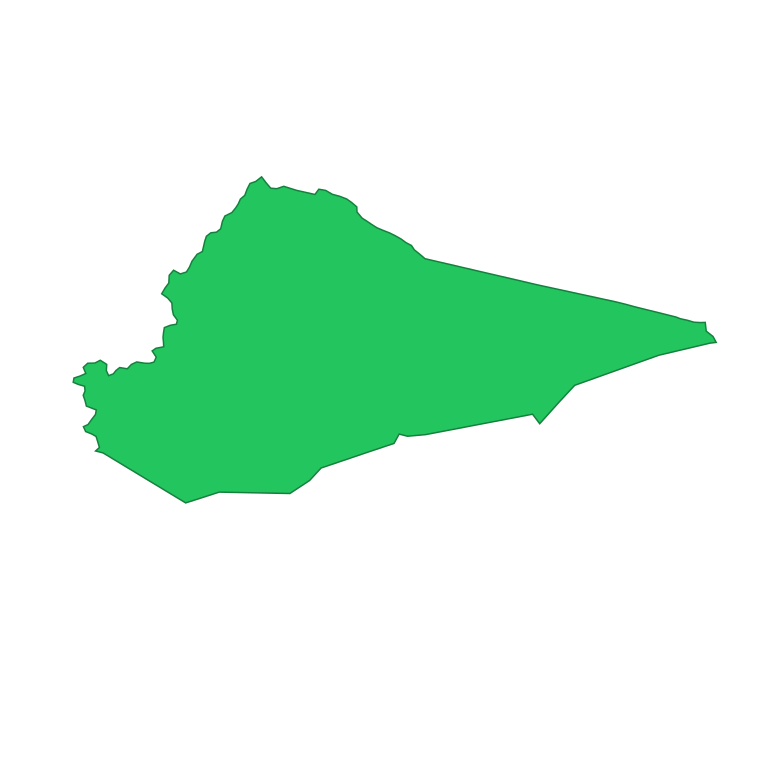 Ponto Novo, Bahia, Brazil, rotated 295°
{"feature_id": "56859067B49472720818380", "entity_name": "Ponto Novo", "entity_type": "district", "adm_level": 2, "iso_a3": "BRA", "parent_name": "Brazil", "parent_adm1": "Bahia", "projection": "robinson", "projection_center": [-40.103, -10.99], "detail": "fine", "context": "isolated", "style": "filled", "palette": "green", "viewbox_px": 768, "rotation_deg": 295, "n_neighbors": 0, "source": "geoboundaries", "source_scale": "gbopen_adm2", "svg_char_len": 1863}
<svg xmlns="http://www.w3.org/2000/svg" viewBox="0 0 768 768"><g transform="rotate(295 384 384)"><path d="M562.1,667.5L566.1,662.1L568.1,653.7L575.6,649.1L573.5,645.0L571.0,638.8L570.0,632.1L568.4,625.0L568.1,620.3L560.0,578.8L558.4,569.5L556.6,560.2L540.7,490.0L538.8,481.6L514.9,368.2L516.7,361.7L518.4,354.8L521.1,350.4L521.4,344.3L522.6,338.4L523.1,332.0L523.3,325.0L522.9,319.1L522.6,311.4L523.5,304.8L524.3,299.9L525.1,294.0L528.5,286.8L533.0,284.5L534.8,278.1L535.9,272.1L535.4,264.5L534.1,257.0L534.8,249.3L533.0,242.6L526.6,241.3L522.6,223.1L520.8,209.6L515.7,204.3L513.6,198.6L516.4,192.4L520.0,185.5L513.4,182.2L509.1,177.8L502.8,177.6L496.1,178.1L490.9,175.7L485.7,175.8L481.2,175.2L475.1,173.7L469.0,168.8L463.1,168.8L455.7,170.4L450.8,168.0L447.9,163.2L442.9,160.6L437.7,161.2L432.1,162.4L427.3,163.4L422.6,159.8L414.1,158.1L407.7,158.3L402.0,157.6L397.7,152.9L398.2,145.2L391.7,143.4L384.6,146.3L378.4,145.0L371.8,144.4L370.5,151.6L367.8,157.5L362.4,160.4L357.7,163.9L354.5,169.8L350.5,170.6L346.9,165.5L342.3,161.1L337.6,162.4L332.9,164.0L328.6,166.5L324.6,168.6L320.0,162.2L316.0,159.9L312.1,166.2L306.7,166.3L303.6,162.7L301.7,158.3L299.5,150.6L295.0,146.8L289.3,144.9L287.2,137.5L283.0,135.4L278.8,134.4L275.2,130.9L278.8,126.7L284.6,124.4L285.6,116.8L280.8,113.1L277.6,106.7L272.0,104.4L267.5,109.3L262.6,105.0L258.4,100.5L254.2,101.6L254.4,107.0L255.4,113.6L251.3,116.0L246.6,116.2L242.3,120.3L238.2,123.6L238.9,134.2L234.4,135.4L228.2,134.0L222.2,132.9L218.3,129.6L214.8,133.7L215.2,140.1L214.8,145.2L210.5,149.1L206.2,152.9L201.4,150.9L202.8,158.5L192.4,254.5L216.4,280.4L241.0,336.0L245.0,345.0L265.2,357.4L281.3,362.5L311.7,394.3L334.4,418.2L345.0,418.9L346.6,427.4L355.7,443.1L419.4,531.4L413.8,541.9L441.4,550.3L463.4,557.4L526.2,620.9L554.3,656.5L558.8,662.2L562.1,667.5Z" fill="#22c55e" stroke="#15803d" stroke-width="1.5"/></g></svg>